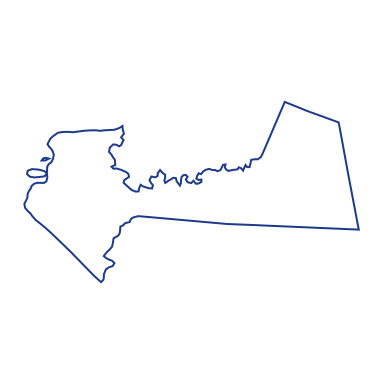 São Caetano de Odivelas, Pará, Brazil, rotated 271°
{"feature_id": "56859067B48440090110628", "entity_name": "São Caetano de Odivelas", "entity_type": "district", "adm_level": 2, "iso_a3": "BRA", "parent_name": "Brazil", "parent_adm1": "Pará", "projection": "albers", "projection_center": [-48.02, -0.863], "detail": "fine", "context": "isolated", "style": "outline", "palette": "blue", "viewbox_px": 384, "rotation_deg": 271, "n_neighbors": 0, "source": "geoboundaries", "source_scale": "gbopen_adm2", "svg_char_len": 2602}
<svg xmlns="http://www.w3.org/2000/svg" viewBox="0 0 384 384"><g transform="rotate(271 192 192)"><path d="M264.1,337.4L265.8,332.6L275.0,305.8L280.2,292.3L283.7,283.2L231.5,261.9L228.0,260.2L225.9,257.2L225.8,254.2L225.3,250.7L221.8,250.0L217.9,249.1L217.9,246.7L219.9,245.1L216.9,243.7L214.3,242.7L216.5,240.9L217.5,238.4L215.4,237.1L214.7,231.8L213.7,228.2L214.9,225.9L217.1,224.4L220.1,225.0L219.7,222.6L214.6,220.2L213.2,217.3L214.4,214.7L214.3,212.1L215.4,208.6L214.3,205.1L212.9,203.0L210.0,200.7L210.8,198.3L207.8,196.7L205.4,196.1L204.1,198.6L204.6,201.2L202.2,201.2L200.6,198.3L200.3,195.8L203.3,193.3L200.9,191.1L201.7,187.5L204.4,185.6L207.1,187.3L209.0,185.4L208.6,183.0L206.8,181.3L203.8,180.8L201.0,180.8L198.2,179.8L202.4,176.5L205.6,175.6L205.9,172.9L204.4,170.9L203.2,168.8L200.6,165.1L202.9,164.2L206.2,164.9L208.9,164.8L210.5,162.3L213.4,159.7L210.4,157.5L207.4,157.3L206.0,154.8L206.8,151.1L203.0,149.3L200.6,150.7L198.0,152.8L194.9,152.1L195.0,148.8L196.8,142.8L198.3,140.6L195.0,139.1L191.7,138.6L191.4,135.7L193.0,131.5L200.1,123.4L202.6,124.0L206.1,128.8L209.2,127.9L210.7,125.9L212.9,120.9L214.2,116.0L213.9,113.0L215.9,111.1L217.7,114.8L222.9,114.3L225.6,112.2L227.9,110.9L230.7,108.3L235.0,109.1L238.2,112.5L237.9,115.7L236.4,118.3L237.7,120.4L240.4,121.5L242.7,122.7L245.4,120.2L249.0,122.9L253.3,121.7L256.8,121.3L254.6,118.0L252.8,113.0L252.2,103.9L251.6,99.4L252.0,94.7L251.9,90.0L251.4,83.6L249.7,71.7L250.0,66.5L249.7,61.5L248.9,56.9L245.0,51.6L242.6,49.3L237.3,46.7L234.6,48.5L232.9,50.3L230.5,51.9L226.9,53.2L222.6,52.4L219.3,50.8L217.5,48.4L214.9,46.8L208.6,46.6L203.9,47.1L200.1,46.2L198.5,43.9L198.5,40.9L198.5,37.3L197.6,34.1L195.3,31.6L192.6,30.6L189.7,28.7L186.7,27.6L183.9,27.6L181.0,26.5L177.3,24.6L173.4,25.3L170.0,28.2L167.5,31.1L165.4,32.5L161.5,36.0L154.5,45.0L149.7,50.6L144.5,56.3L130.3,71.5L106.7,95.3L100.3,102.6L102.8,105.0L105.6,105.4L108.0,105.3L113.0,107.2L115.3,110.3L116.5,113.9L119.6,115.7L122.0,113.1L123.1,109.7L124.6,107.1L126.4,104.9L128.6,106.5L131.1,108.6L133.2,110.8L135.9,113.0L139.7,113.8L144.4,114.4L145.9,117.2L147.3,119.2L149.8,120.5L153.0,120.8L156.1,121.0L157.5,123.8L159.4,125.3L160.3,127.7L160.8,130.1L163.7,131.3L165.3,133.2L166.1,135.6L166.9,138.7L166.2,149.4L160.6,228.0L160.4,237.0L160.0,256.3L159.8,262.7L157.3,359.4L212.8,347.8L257.6,338.8L264.1,337.4ZM208.6,46.6L210.3,44.0L211.3,40.2L211.8,37.3L212.1,31.6L210.4,27.4L207.1,26.7L204.5,29.6L203.8,34.1L204.2,37.8L204.6,41.3L205.2,44.5L208.6,46.6ZM223.6,45.2L223.0,42.7L220.9,41.2L221.0,44.9L222.9,48.4L223.6,45.2Z" fill="none" stroke="#1e3a8a" stroke-width="2"/></g></svg>